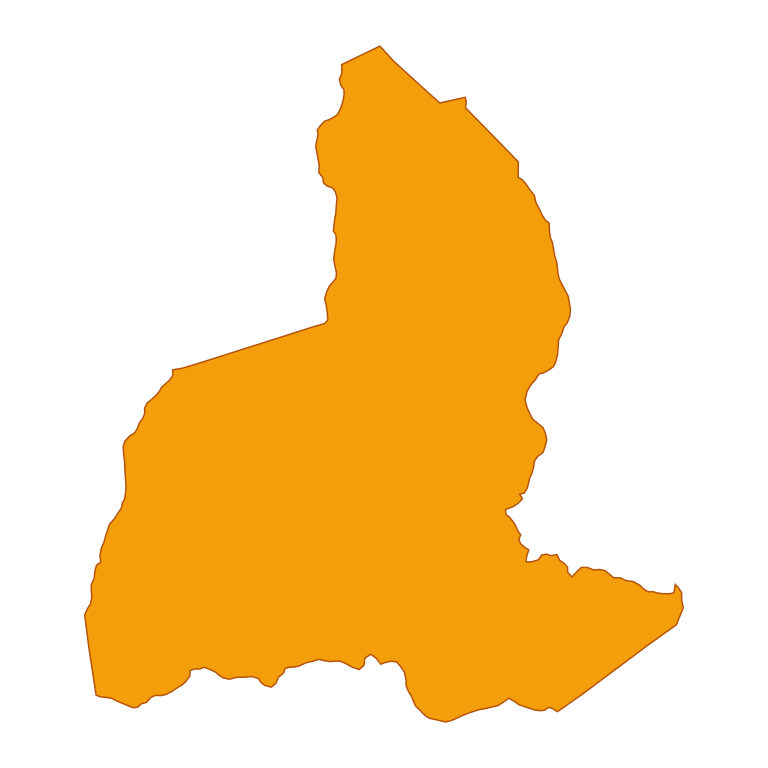 outline of Inhambupe, Bahia, Brazil
{"feature_id": "56859067B53431248458401", "entity_name": "Inhambupe", "entity_type": "district", "adm_level": 2, "iso_a3": "BRA", "parent_name": "Brazil", "parent_adm1": "Bahia", "projection": "robinson", "projection_center": [-38.397, -11.762], "detail": "fine", "context": "isolated", "style": "filled", "palette": "amber", "viewbox_px": 768, "rotation_deg": 0, "n_neighbors": 0, "source": "geoboundaries", "source_scale": "gbopen_adm2", "svg_char_len": 3912}
<svg xmlns="http://www.w3.org/2000/svg" viewBox="0 0 768 768"><path d="M96.1,695.1L100.4,696.8L105.7,697.3L111.6,698.3L116.2,700.7L122.1,703.2L128.8,706.0L133.5,707.8L137.8,707.1L141.5,703.7L146.5,702.4L151.0,697.3L155.5,695.4L161.1,695.6L166.1,694.4L171.7,691.5L177.9,687.4L182.1,684.9L185.7,681.7L189.8,676.2L190.2,670.6L194.0,669.0L200.0,669.0L204.0,667.2L209.0,669.1L215.6,672.1L219.3,675.5L223.2,677.9L229.4,679.2L237.0,677.2L244.8,677.2L251.6,676.5L258.3,678.4L261.0,682.5L264.8,685.4L271.3,687.1L275.8,683.5L278.5,677.1L283.7,672.9L285.0,668.5L289.2,667.3L294.0,667.0L298.8,666.2L302.7,664.2L306.5,662.6L312.5,661.3L318.8,659.3L324.6,660.8L330.2,661.6L334.7,661.1L340.1,661.1L345.5,663.4L351.9,667.0L359.2,669.5L363.9,665.4L364.9,658.2L370.8,654.2L376.4,658.5L380.8,664.2L385.5,662.4L390.9,661.3L396.5,661.8L400.4,666.2L404.4,672.1L406.1,680.3L406.0,685.1L408.2,691.0L411.5,696.4L413.5,701.2L415.4,705.8L419.1,709.4L422.3,712.7L425.7,716.0L429.4,718.3L435.7,719.6L441.4,721.1L445.8,721.9L450.5,720.8L455.0,719.0L460.9,716.2L468.2,713.2L474.2,711.2L479.0,709.7L485.3,708.6L490.6,707.3L498.1,705.5L504.5,701.4L508.8,698.3L513.8,700.9L518.8,704.7L524.2,706.5L529.4,708.3L535.2,710.1L540.7,710.7L544.8,710.1L548.9,707.3L553.1,708.9L557.4,711.7L581.8,694.6L647.4,645.5L676.3,624.8L683.3,607.8L681.7,600.6L681.6,592.7L678.4,587.8L675.3,584.5L673.9,592.9L669.7,593.7L663.1,593.7L657.3,593.0L653.0,591.7L647.9,591.7L644.1,589.3L639.7,585.2L632.9,581.4L626.4,580.7L620.5,577.9L613.5,577.7L608.8,573.6L604.9,570.5L599.5,569.5L593.5,569.9L587.2,567.4L581.4,567.4L577.3,571.2L571.9,576.9L567.7,572.3L567.6,567.2L563.9,563.3L559.7,560.4L556.9,554.6L550.9,555.7L546.7,554.1L541.5,555.2L538.4,559.8L532.3,561.7L526.0,562.0L526.7,556.0L528.8,550.0L524.5,547.2L520.8,543.9L518.8,539.6L520.7,534.8L518.0,531.1L514.7,523.9L509.7,517.4L506.1,514.6L505.5,509.5L513.3,506.6L518.4,503.0L522.5,498.8L519.7,494.2L524.1,493.1L527.0,488.8L528.3,484.2L529.6,478.3L531.9,473.2L533.7,466.8L534.3,461.5L537.4,456.6L543.1,452.3L544.9,447.1L546.7,440.1L545.6,433.9L543.1,427.7L537.3,423.0L532.6,419.1L529.7,413.5L527.0,407.5L525.0,399.9L527.0,391.5L530.3,385.6L535.3,379.7L538.9,374.1L543.6,372.8L549.6,369.5L553.6,366.4L555.6,362.2L557.5,355.0L558.1,348.0L558.6,339.9L562.2,332.7L563.7,327.4L567.3,322.6L569.8,316.2L570.4,309.5L569.5,303.4L568.2,296.3L564.8,289.8L561.7,283.8L559.2,278.9L557.9,272.8L556.9,263.1L554.6,255.4L553.4,248.0L552.3,242.4L550.3,237.5L549.4,230.6L549.2,223.2L545.6,220.4L541.8,214.5L539.0,208.3L535.9,202.5L534.4,195.6L529.3,189.0L526.1,184.2L522.1,179.6L518.2,177.5L518.3,161.9L500.1,143.1L465.5,107.8L466.3,102.0L465.2,97.3L439.8,103.0L423.3,88.2L393.9,61.4L379.9,46.1L341.6,64.6L341.9,69.3L341.6,74.0L339.4,79.2L340.7,84.9L344.1,90.0L344.0,95.2L343.0,101.1L340.9,107.6L337.6,114.4L333.3,117.5L329.3,119.6L324.7,121.1L320.8,125.2L317.2,130.0L318.1,134.8L317.0,139.7L315.7,146.2L317.2,154.2L318.5,161.4L319.2,166.1L318.8,172.6L322.8,177.7L323.5,182.9L327.1,186.0L332.4,187.8L335.1,191.2L337.1,197.7L336.3,205.6L335.8,213.7L334.7,218.6L334.0,225.5L333.3,230.8L335.8,234.7L336.3,239.5L336.0,244.2L334.7,250.8L333.7,259.2L335.0,266.4L336.5,272.7L336.0,278.1L333.1,281.9L329.7,285.5L326.8,291.6L324.7,298.6L326.2,305.2L327.3,312.8L327.7,320.3L324.4,323.6L314.8,326.3L211.2,359.3L206.5,360.8L182.5,368.2L172.7,369.8L172.7,375.7L169.5,380.3L165.2,384.0L161.5,387.4L159.2,391.7L155.9,395.3L152.3,398.9L147.2,403.0L144.6,408.1L144.7,413.2L143.1,417.8L139.5,422.7L137.5,428.2L134.8,432.8L129.7,435.9L124.7,441.5L123.2,446.9L123.6,453.8L124.6,461.8L124.9,469.1L125.4,476.6L126.0,484.6L125.7,491.6L124.7,498.7L122.3,503.6L121.2,508.4L118.2,512.8L114.4,518.7L109.6,524.2L107.9,529.1L105.9,535.2L103.9,542.3L101.3,548.3L99.9,555.4L100.8,562.3L96.6,565.1L95.0,570.5L94.0,579.0L91.3,584.7L91.3,591.1L91.8,598.1L90.3,604.2L87.3,609.0L84.7,614.9L88.9,647.8L96.1,695.1Z" fill="#f59e0b" stroke="#b45309" stroke-width="1.5"/></svg>